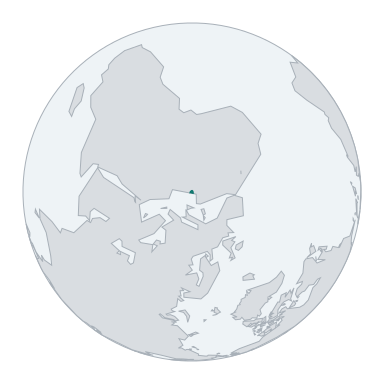 An Nuqat al Khams highlighted on a globe, orthographic projection, rotated 167°
{"feature_id": "LBY-2974", "entity_name": "An Nuqat al Khams", "entity_type": "Municipality", "adm_level": 1, "iso_a3": "LBY", "parent_name": "Libya", "parent_adm1": "", "projection": "orthographic", "projection_center": [11.821, 32.743], "detail": "fine", "context": "on_globe", "style": "filled", "palette": "teal", "viewbox_px": 384, "rotation_deg": 167, "n_neighbors": 0, "source": "natural_earth", "source_scale": "10m", "svg_char_len": 10191}
<svg xmlns="http://www.w3.org/2000/svg" viewBox="0 0 384 384"><g transform="rotate(167 192 192)"><circle cx="192" cy="192" r="169" fill="#eef3f6" stroke="#a8b0b8"/><path d="M110.4,44.0L113.2,42.6L119.2,39.6L122.3,38.1L142.0,31.4L162.5,26.3L167.5,25.1L167.5,25.5L174.7,23.9L177.8,23.6L175.6,23.9L175.2,24.0L182.5,23.4L183.7,23.5L187.9,23.4L188.6,23.7L182.4,24.5L182.7,24.8L187.9,24.4L191.9,24.9L184.3,25.3L190.5,26.2L181.1,28.7L160.1,31.4L155.7,34.7L136.1,42.9L138.7,43.0L133.0,46.8L133.8,48.6L130.0,50.0L134.0,50.2L137.4,48.6L140.3,48.3L141.1,49.3L136.3,51.2L135.2,50.9L134.2,52.0L131.4,52.6L133.3,52.9L127.4,55.3L134.4,54.5L130.6,57.9L126.4,59.1L125.4,56.8L113.0,55.5L108.4,56.9L103.0,60.6L95.7,71.6L91.2,74.3L86.2,79.5L89.3,78.8L94.3,74.5L98.9,74.9L104.5,70.2L107.2,69.8L113.5,66.2L114.1,69.2L111.2,74.2L105.9,77.5L104.5,80.0L110.7,79.1L102.2,88.0L98.6,98.9L96.2,101.2L89.3,101.0L86.2,94.7L77.3,96.1L84.6,97.9L78.5,104.3L78.1,106.7L79.3,108.2L82.2,107.0L80.5,110.0L72.6,108.8L74.1,106.0L76.5,106.3L75.0,103.6L69.7,103.7L67.0,107.3L61.8,104.9L59.8,107.6L57.6,108.9L61.0,104.5L54.7,112.6L48.1,113.6L39.2,128.3L46.3,113.4L47.8,108.8L48.8,105.0L47.3,107.2L50.7,100.1L50.3,100.0L50.0,100.5L56.8,90.7L64.3,81.4L72.4,72.6L81.1,64.5L90.4,57.0L100.2,50.2L110.4,44.0ZM36.6,125.6L37.8,123.2L36.7,126.7L32.5,136.3L36.6,125.6ZM32.2,137.1L29.7,146.5L27.0,155.8L25.5,163.4L25.5,166.1L25.0,172.8L26.5,169.8L28.0,171.4L26.2,179.8L28.5,174.9L28.4,181.5L32.7,190.8L31.9,191.9L35.2,209.8L41.7,222.8L43.2,230.9L42.1,233.6L45.0,237.7L45.1,240.2L59.4,255.6L68.9,267.5L70.1,275.8L65.0,280.7L67.2,296.4L60.0,293.9L62.7,299.4L64.5,302.9L56.6,293.1L49.5,282.8L43.1,271.9L37.6,260.6L32.9,248.9L29.1,237.0L26.2,224.7L24.3,212.3L23.2,199.8L23.1,187.2L23.4,184.1L24.8,171.4L25.1,167.8L24.6,169.9L26.0,160.5L28.7,148.7L32.2,137.1ZM36.7,132.7L33.9,148.7L33.1,144.4L33.7,144.1L34.9,138.9L36.4,132.0L36.3,129.0L36.7,132.7ZM40.9,128.9L41.2,126.8L41.2,128.3L40.9,128.9ZM117.4,40.4L123.6,37.5L119.2,39.6L113.3,42.5L116.5,40.9L117.4,40.4ZM134.9,33.1L133.2,33.8L129.7,35.0L131.7,34.2L134.9,33.1ZM170.8,24.4L167.0,24.9L170.3,24.5L170.8,24.4ZM188.3,23.3L189.1,23.2L190.9,23.3L188.3,23.3ZM112.8,64.9L113.1,65.5L111.8,65.8L112.8,64.9ZM115.2,62.8L113.4,62.7L114.3,61.7L115.4,61.8L115.2,62.8ZM193.8,23.9L196.6,24.2L192.7,24.0L193.8,23.9ZM117.2,63.2L116.1,60.0L117.7,58.4L123.2,57.4L117.2,63.2ZM197.6,24.5L204.5,25.7L206.6,25.4L204.4,27.3L199.3,25.4L194.1,25.0L197.3,24.9L197.6,24.5ZM138.1,47.7L134.5,49.4L136.7,47.1L138.1,47.7ZM138.8,46.3L141.4,40.5L147.1,38.7L145.1,40.9L151.8,38.1L153.3,40.1L149.9,42.0L145.9,42.7L149.5,43.0L138.8,46.3ZM202.1,28.3L202.8,28.9L200.9,28.5L202.1,28.3ZM141.6,48.0L141.6,46.8L146.5,45.1L147.4,47.2L145.5,47.0L141.6,48.0ZM152.9,36.6L156.6,35.9L158.9,37.2L160.7,37.2L153.8,40.0L152.9,36.6ZM144.8,47.9L147.7,48.3L146.1,50.1L141.9,49.0L144.8,47.9ZM147.5,43.9L149.8,43.2L148.8,44.2L147.5,43.9ZM142.1,57.1L142.1,55.5L144.6,54.4L142.1,57.1ZM148.8,48.3L149.4,47.7L150.4,47.2L151.9,47.8L148.8,48.3ZM155.8,40.9L156.0,41.7L158.8,39.8L160.5,40.9L155.6,42.7L158.5,42.4L159.1,42.8L154.4,43.8L155.8,40.9ZM156.4,47.0L150.8,50.0L150.4,53.1L148.1,54.1L149.2,49.0L156.4,47.0ZM155.6,45.0L155.6,46.4L152.8,46.7L151.1,46.0L155.6,45.0ZM163.5,41.1L162.1,38.9L163.2,38.6L163.5,41.1ZM156.8,47.8L158.2,47.0L157.1,47.9L156.8,47.8ZM162.1,43.0L161.4,42.2L162.7,41.9L162.1,43.0ZM161.4,46.4L159.6,47.3L158.4,46.8L161.4,46.4ZM162.2,44.8L164.1,44.6L159.1,46.0L161.7,44.4L162.2,44.8ZM163.4,42.9L164.0,42.4L163.5,43.3L163.4,42.9ZM167.1,48.1L161.0,50.1L158.3,48.8L164.6,47.0L167.1,48.1ZM252.1,34.1L246.3,32.6L227.8,28.5L235.7,30.0L235.0,30.3L238.5,31.4L243.9,32.8L243.9,32.5L258.2,39.7L273.5,47.0L269.8,43.8L271.8,44.0L285.9,51.8L309.0,70.6L311.9,72.9L314.1,75.2L315.8,77.0L318.7,80.3L314.4,75.8L314.5,76.3L311.5,73.4L316.2,79.3L312.1,75.5L317.7,82.4L320.2,84.3L317.6,80.1L324.3,88.3L327.0,90.6L332.0,97.4L343.1,116.5L347.4,126.9L348.6,129.8L347.9,129.5L350.6,137.9L354.9,147.4L356.1,151.8L358.8,165.5L358.2,162.4L356.3,161.7L358.6,173.3L360.1,176.5L360.6,181.6L360.8,185.3L360.8,185.8L359.8,178.8L359.1,178.2L357.4,168.6L353.1,157.7L352.9,164.4L351.1,158.9L345.2,152.2L344.0,161.7L343.2,185.3L346.1,200.1L344.5,209.5L335.0,194.5L329.4,181.8L326.8,185.8L316.3,178.9L300.7,187.9L297.7,185.0L294.9,188.6L287.4,187.7L282.5,182.6L278.3,184.9L291.1,198.1L295.6,195.7L298.2,187.2L301.0,192.5L308.1,194.6L303.0,213.3L278.5,236.8L274.9,226.1L249.8,199.5L249.9,195.6L249.7,195.2L249.3,194.5L248.3,201.1L243.6,195.5L258.3,215.5L261.3,224.7L278.2,237.6L276.9,239.9L282.0,241.8L296.6,231.6L297.0,235.3L290.9,255.4L269.4,284.5L271.6,297.3L268.9,308.7L254.0,319.3L253.8,326.5L245.9,330.7L244.4,334.7L237.2,339.8L225.8,344.9L208.0,346.9L208.0,343.9L200.9,337.9L191.5,320.3L197.2,311.0L196.1,303.5L183.1,286.0L186.0,275.6L182.2,271.1L174.6,272.1L170.1,266.5L165.4,266.2L134.9,266.9L125.0,258.2L111.7,232.8L116.7,224.5L116.5,213.3L150.2,179.6L158.6,182.6L186.6,178.4L190.3,179.7L188.4,188.9L210.5,198.7L216.0,190.6L234.6,194.1L246.2,191.6L247.9,174.0L228.9,177.7L224.3,170.0L238.4,160.0L254.7,157.2L253.4,154.2L242.0,149.5L244.6,142.7L237.9,147.4L241.5,150.0L237.4,153.2L233.9,151.1L234.9,148.6L229.7,148.2L226.0,160.6L229.2,164.6L216.2,168.7L220.3,175.9L217.2,179.9L209.0,169.3L208.9,165.0L194.7,154.0L193.6,158.7L207.0,169.7L203.3,169.1L201.9,176.4L200.1,170.4L185.8,157.9L173.3,160.9L159.3,178.3L151.6,179.3L144.2,175.1L147.3,157.3L164.2,157.2L165.6,151.6L160.5,143.1L166.1,144.1L166.1,140.8L172.3,140.5L179.4,132.8L185.5,131.9L186.8,122.2L190.0,120.6L188.4,126.7L190.5,130.7L205.4,129.1L207.8,126.8L207.4,120.8L211.6,121.4L209.3,115.8L217.1,112.5L205.6,112.1L204.9,105.8L208.7,100.5L206.4,98.5L200.1,107.3L199.5,110.9L202.2,114.1L198.7,124.9L193.9,127.0L189.8,116.0L182.6,118.1L182.6,109.2L199.5,89.9L207.3,85.8L223.6,91.3L222.7,95.4L216.4,95.3L223.7,100.9L222.4,97.8L225.9,98.5L226.0,93.2L228.4,93.5L224.4,88.1L227.4,87.9L229.9,91.3L232.7,84.0L238.6,82.6L238.0,80.8L235.7,79.4L244.7,78.9L243.9,77.6L240.6,77.3L236.9,74.7L233.9,70.1L237.1,70.2L238.7,71.9L246.8,75.7L250.4,80.5L251.5,80.1L249.1,76.0L239.1,71.2L236.4,68.5L241.3,70.2L239.3,69.4L238.9,68.1L241.6,67.0L236.3,65.0L228.0,52.3L232.4,49.4L237.7,52.0L235.3,44.7L240.4,43.0L237.4,42.5L234.2,39.4L232.6,39.8L230.9,39.4L222.0,32.6L222.5,31.4L215.2,28.9L213.7,28.8L213.0,29.4L204.4,27.3L206.6,25.4L210.0,25.7L209.1,24.7L217.0,25.7L223.1,26.4L232.2,28.7L236.2,29.4L235.4,29.0L240.2,30.1L248.3,32.7L252.1,34.1ZM140.2,198.4L139.6,201.8L140.2,198.4ZM273.3,162.9L282.2,160.1L276.0,151.1L278.9,149.4L275.7,147.1L275.5,150.5L267.3,144.0L270.4,139.4L268.1,135.3L265.0,136.1L260.8,145.6L272.4,154.7L271.3,159.8L273.3,162.9ZM32.8,191.0L33.1,193.7L32.3,192.2L32.8,191.0ZM31.7,147.0L31.7,149.1L31.3,151.4L31.1,150.3L31.7,147.0ZM34.8,163.5L35.4,166.5L34.2,164.8L34.8,163.5ZM33.7,151.1L34.2,161.5L32.1,159.3L32.0,152.9L32.8,155.3L33.7,151.1ZM38.3,132.6L38.1,134.4L37.3,135.4L38.3,132.6ZM40.9,130.1L40.8,129.7L41.5,127.9L40.9,130.1ZM78.9,104.4L79.5,104.6L80.2,106.5L78.7,106.6L78.9,104.4ZM90.1,110.5L87.0,115.3L88.2,111.7L85.5,112.4L84.7,106.3L95.0,102.1L90.5,104.9L90.1,110.5ZM86.5,97.4L85.9,101.4L86.2,97.2L86.5,97.4ZM159.9,124.7L162.6,126.8L160.9,130.4L153.2,132.7L155.5,127.3L159.9,124.7ZM166.7,129.0L164.8,118.1L169.5,116.6L167.2,119.2L170.5,119.3L167.6,123.6L174.0,133.4L173.0,137.3L159.3,138.7L164.3,135.9L161.4,133.8L166.7,129.0ZM151.6,96.7L150.8,93.0L162.1,94.4L161.5,97.8L153.8,100.0L149.9,97.3L151.6,96.7ZM127.3,62.6L126.3,61.8L127.6,61.2L129.5,61.3L127.3,62.6ZM141.9,56.4L133.1,65.5L131.5,65.0L128.3,71.4L122.8,72.7L125.1,68.4L118.4,74.5L118.3,71.1L114.2,75.6L119.9,65.8L119.5,63.4L122.0,65.5L127.1,64.3L129.1,63.1L134.7,57.9L136.3,52.5L141.6,50.9L144.9,51.1L145.3,52.1L141.7,52.8L144.8,53.7L140.0,55.5L141.9,56.4ZM180.5,60.8L176.2,60.2L181.6,64.2L176.8,65.2L177.7,65.6L174.8,67.8L172.8,71.3L170.4,71.4L170.7,72.7L168.7,74.4L168.3,76.4L163.9,77.3L163.0,79.9L161.4,78.9L161.1,83.1L159.3,80.4L156.7,82.6L159.7,84.0L137.0,86.3L128.8,90.0L122.8,94.8L120.7,90.1L124.9,82.8L132.3,75.5L140.5,72.9L138.0,71.5L141.2,69.9L141.8,71.7L142.8,68.0L145.6,67.3L152.2,62.1L151.9,57.8L154.3,55.9L155.8,57.3L157.1,54.6L161.6,55.9L163.5,54.8L169.7,55.2L171.6,58.7L173.5,57.2L178.3,57.7L180.5,60.8ZM168.8,48.3L172.2,51.9L171.2,54.4L160.7,52.7L158.4,53.6L151.7,53.1L153.2,49.6L155.0,50.1L157.1,49.7L155.8,50.9L158.4,49.7L161.0,50.3L163.7,49.6L164.1,50.9L168.8,48.3ZM193.7,176.1L196.5,176.4L200.6,175.7L199.8,180.5L193.7,176.1ZM183.9,167.7L186.2,167.1L187.1,173.0L184.2,173.0L183.9,167.7ZM186.8,161.8L186.3,166.6L184.9,164.0L186.8,161.8ZM190.5,125.9L192.9,125.0L193.4,126.3L192.5,128.6L190.5,125.9ZM195.6,74.4L193.3,73.3L193.8,72.5L191.3,68.6L194.6,67.7L197.5,69.8L195.6,74.4ZM245.1,177.6L242.2,181.5L240.3,180.3L241.6,179.2L245.1,177.6ZM220.2,181.7L226.3,183.0L220.0,183.0L220.2,181.7ZM198.8,72.8L197.4,71.2L199.9,71.8L198.8,72.8ZM197.0,67.0L199.8,67.2L194.7,67.2L197.0,67.0ZM293.8,298.2L280.5,319.6L273.6,322.1L273.7,317.6L279.5,305.6L287.8,299.5L292.3,292.7L293.8,298.2ZM360.8,198.3L359.1,188.8L359.8,185.9L360.9,188.0L360.8,198.3ZM346.7,201.0L349.6,207.3L348.4,210.5L346.7,201.0ZM350.3,133.7L351.1,136.6L350.3,134.7L348.8,129.8L350.3,133.7ZM225.5,66.0L225.2,72.1L227.3,76.6L231.9,78.9L225.3,78.6L222.1,71.7L225.5,66.0ZM227.3,53.8L223.2,52.3L225.0,51.5L226.2,51.8L227.3,53.8ZM224.9,53.9L219.9,54.7L217.6,53.0L222.0,52.6L224.9,53.9ZM209.4,63.1L209.1,64.9L207.1,64.3L209.4,63.1ZM284.1,50.3L282.4,49.3L282.0,49.0L284.1,50.3ZM279.4,47.4L280.5,48.1L269.5,43.1L266.5,41.7L273.3,44.0L274.7,44.9L277.9,46.6L279.4,47.4ZM204.4,28.7L203.0,28.9L203.4,28.4L204.4,28.7ZM230.1,39.7L227.9,39.1L228.4,38.4L230.1,39.7ZM222.0,37.1L222.9,38.3L220.6,36.9L222.0,37.1ZM225.3,41.2L222.7,38.8L227.1,41.2L225.3,41.2Z" fill="#d9dde1" stroke="#a8b0b8" stroke-width="1"/><path d="M191.3,193.0L191.3,192.9L191.4,192.7L191.1,192.4L191.1,192.1L191.1,191.8L191.1,191.5L191.1,191.3L191.1,191.2L191.2,190.8L191.2,190.7L191.3,190.7L191.4,190.8L191.5,190.9L191.8,191.0L191.7,190.9L191.8,190.9L192.1,191.0L192.6,191.4L192.7,191.5L192.8,191.5L193.0,191.6L193.3,191.7L193.9,191.8L193.7,192.2L193.6,192.4L193.3,192.6L193.2,192.8L192.7,193.0L192.1,193.3L191.7,193.3L191.6,193.2L191.4,193.1L191.3,193.0Z" fill="#14b8a6" stroke="#0f766e" stroke-width="1.5"/></g></svg>